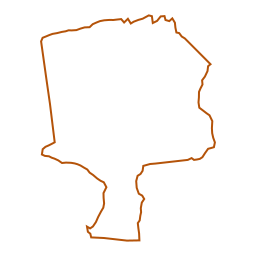 Ibiara, Paraíba, Brazil (Equal Earth projection)
{"feature_id": "56859067B91211344520608", "entity_name": "Ibiara", "entity_type": "district", "adm_level": 2, "iso_a3": "BRA", "parent_name": "Brazil", "parent_adm1": "Paraíba", "projection": "equal_earth", "projection_center": [-38.401, -7.507], "detail": "fine", "context": "isolated", "style": "outline", "palette": "amber", "viewbox_px": 256, "rotation_deg": 0, "n_neighbors": 0, "source": "geoboundaries", "source_scale": "gbopen_adm2", "svg_char_len": 1656}
<svg xmlns="http://www.w3.org/2000/svg" viewBox="0 0 256 256"><path d="M91.2,237.4L103.9,238.0L126.9,240.6L139.4,240.4L139.1,233.5L138.4,228.4L137.8,223.1L139.7,220.4L140.3,215.8L141.1,212.2L140.8,208.2L141.8,202.6L144.2,199.0L142.2,195.6L138.8,193.7L136.7,187.8L136.2,181.1L137.6,175.8L140.5,174.0L142.6,170.8L143.3,165.9L150.1,164.0L155.1,163.6L187.8,159.9L191.6,158.1L194.0,159.9L196.9,159.5L199.8,158.9L202.4,157.2L205.1,153.0L208.1,148.8L210.8,148.1L213.9,147.2L214.9,142.4L213.2,137.7L212.2,133.3L211.9,128.2L212.3,121.1L209.5,115.3L206.5,113.2L202.6,110.2L199.3,107.7L198.5,102.4L198.9,97.5L199.0,91.9L200.4,88.6L202.5,84.5L202.1,80.3L204.9,76.6L207.5,71.1L208.1,66.2L210.5,64.2L184.8,38.4L181.7,36.5L179.2,33.1L176.4,32.5L175.4,27.6L174.9,22.7L172.3,18.4L169.3,21.1L165.5,20.0L164.5,16.1L160.7,16.4L157.1,20.9L152.8,23.0L151.9,16.2L148.8,15.4L145.8,17.0L142.7,18.7L138.4,19.9L133.7,21.7L130.8,23.5L127.9,18.8L124.1,22.5L121.2,19.1L116.6,19.6L113.3,20.0L109.7,19.9L104.2,20.3L100.0,21.1L96.5,22.5L92.7,24.2L89.6,27.2L84.6,27.4L80.5,28.6L76.4,30.1L71.6,30.4L68.6,30.3L65.6,31.3L61.9,31.9L57.1,33.1L52.5,33.9L49.2,35.1L46.1,36.4L42.6,37.8L41.1,41.4L46.4,79.1L50.0,104.1L54.7,142.3L51.7,143.9L48.5,145.5L45.5,146.8L42.7,149.2L41.9,154.5L44.9,155.9L49.0,156.3L51.7,157.7L54.4,158.6L58.3,160.4L62.0,163.0L66.0,162.6L71.0,162.8L74.6,163.4L77.4,164.2L80.5,165.5L84.1,167.7L87.3,169.5L89.6,172.6L93.1,175.0L97.2,178.5L100.6,180.8L103.8,182.3L106.4,187.2L103.5,193.1L103.6,197.8L104.1,203.4L103.3,207.7L101.1,211.4L98.2,216.9L95.9,222.1L92.9,226.5L90.1,228.4L87.0,226.6L87.9,231.8L90.3,233.7L91.2,237.4Z" fill="none" stroke="#b45309" stroke-width="2"/></svg>